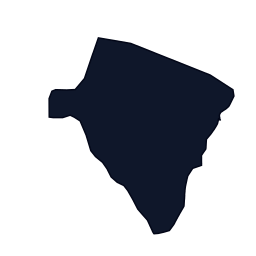 Dar As Salam, North Darfur, Sudan, rotated 296°
{"feature_id": "16777658B35355118744985", "entity_name": "Dar As Salam", "entity_type": "district", "adm_level": 2, "iso_a3": "SDN", "parent_name": "Sudan", "parent_adm1": "North Darfur", "projection": "natural_earth1", "projection_center": [25.233, 13.229], "detail": "fine", "context": "isolated", "style": "filled", "palette": "ink", "viewbox_px": 256, "rotation_deg": 296, "n_neighbors": 0, "source": "geoboundaries", "source_scale": "gbopen_adm2", "svg_char_len": 2313}
<svg xmlns="http://www.w3.org/2000/svg" viewBox="0 0 256 256"><g transform="rotate(296 128 128)"><path d="M103.3,52.4L104.6,56.3L108.7,64.7L114.2,70.4L114.2,75.1L113.4,81.9L103.3,93.5L91.3,104.6L88.1,111.3L86.0,120.2L82.1,127.2L81.3,128.2L76.6,134.4L74.5,142.1L74.5,149.5L71.7,155.2L65.9,163.7L59.4,172.4L56.7,178.7L54.4,184.3L53.7,185.9L50.6,189.7L49.4,191.1L49.2,191.4L47.2,193.8L47.0,194.1L45.6,195.7L44.9,196.8L44.5,197.4L44.5,197.5L44.4,197.6L44.4,197.8L44.5,197.9L46.5,201.3L48.1,203.3L50.2,205.9L50.3,206.0L54.0,210.1L61.2,211.4L61.3,211.4L61.6,211.4L61.8,211.4L62.0,211.4L62.1,211.5L62.3,211.5L62.9,211.5L63.3,211.5L64.3,211.5L64.8,211.5L66.0,211.6L66.6,211.6L67.1,211.6L67.3,211.6L67.5,211.6L68.3,211.7L69.7,211.7L72.3,211.9L73.2,211.9L76.0,212.1L78.8,212.3L79.1,212.3L79.8,212.4L80.5,212.4L81.6,212.5L82.3,212.5L83.1,212.2L86.7,210.7L88.1,210.1L88.8,209.9L90.2,209.3L90.9,209.0L91.3,208.8L91.7,208.7L91.9,208.6L92.0,208.5L92.3,208.4L92.5,208.3L92.8,208.1L93.3,207.9L94.1,207.6L95.4,207.1L95.6,207.1L95.9,206.9L96.4,206.7L96.6,206.6L97.7,206.2L98.1,206.1L98.3,206.0L98.5,205.9L98.8,205.8L99.8,205.5L100.7,205.2L102.6,204.7L105.5,204.0L108.3,203.3L111.2,202.7L120.1,203.8L126.7,210.4L126.9,210.3L127.2,210.1L127.8,209.9L128.4,209.6L128.6,209.5L128.7,209.4L130.5,208.5L131.1,208.2L131.5,208.0L133.0,207.3L133.2,207.2L133.3,207.1L133.9,206.9L134.1,206.7L134.3,206.6L134.6,206.5L134.8,206.4L135.1,206.3L135.7,206.0L139.9,206.6L142.3,207.0L143.2,207.1L144.6,206.6L146.4,205.8L146.5,205.8L147.6,205.3L150.5,204.1L152.3,203.4L155.5,204.2L155.9,204.3L158.6,205.0L161.5,205.5L162.3,205.6L164.5,206.0L168.6,206.4L171.0,206.5L171.3,206.5L171.5,206.4L171.9,206.3L173.0,206.1L175.0,205.6L175.9,205.4L175.4,207.8L175.9,207.1L176.4,206.5L177.6,205.8L178.6,205.0L178.9,204.9L179.3,204.6L180.0,204.5L180.7,204.3L182.8,204.5L183.0,204.6L183.3,204.8L183.5,204.9L184.5,205.5L185.5,206.0L187.4,207.2L188.7,207.9L189.0,208.0L191.4,209.0L191.7,209.0L192.1,209.1L194.3,209.2L195.1,209.2L197.2,209.2L197.8,209.2L200.1,209.2L201.5,209.2L201.8,209.2L202.4,209.2L202.7,209.2L202.9,209.2L203.1,209.2L208.4,205.5L208.6,203.7L209.0,200.1L211.6,178.7L205.2,93.4L196.0,61.9L180.4,63.8L179.1,63.9L153.4,67.2L139.4,63.7L135.3,56.3L130.7,46.2L127.7,43.5L119.9,44.2L103.3,52.4Z" fill="#0f172a" stroke="#020617" stroke-width="1.5"/></g></svg>